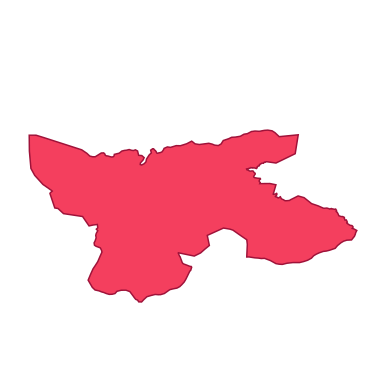 Rafi, Niger, Nigeria (Equal Earth projection), rotated 76°
{"feature_id": "59680162B49809531314946", "entity_name": "Rafi", "entity_type": "district", "adm_level": 2, "iso_a3": "NGA", "parent_name": "Nigeria", "parent_adm1": "Niger", "projection": "equal_earth", "projection_center": [6.279, 10.195], "detail": "fine", "context": "isolated", "style": "filled", "palette": "rose", "viewbox_px": 384, "rotation_deg": 76, "n_neighbors": 0, "source": "geoboundaries", "source_scale": "gbopen_adm2", "svg_char_len": 5692}
<svg xmlns="http://www.w3.org/2000/svg" viewBox="0 0 384 384"><g transform="rotate(76 192 192)"><path d="M162.2,75.1L159.4,94.0L154.4,97.2L152.0,99.5L150.3,103.5L149.7,106.9L149.5,110.1L149.5,110.7L149.5,111.1L149.4,111.3L149.4,112.1L149.1,112.9L149.1,113.0L149.0,113.3L148.7,114.2L148.2,115.8L148.0,116.9L148.0,117.2L147.9,117.9L147.9,118.2L147.9,118.3L147.7,119.6L148.1,121.3L148.2,121.6L148.4,122.5L148.5,123.0L148.8,124.2L148.5,127.6L149.6,131.6L149.2,136.8L148.5,140.3L149.2,143.7L149.2,144.4L149.3,144.8L149.4,146.8L149.5,147.5L149.6,149.2L152.4,152.1L153.3,155.2L152.0,158.7L150.5,160.7L148.8,163.9L147.7,173.4L146.0,177.4L144.1,178.8L142.6,180.0L143.9,185.5L144.3,192.1L143.2,196.1L143.5,202.1L142.3,205.0L142.9,208.5L144.5,209.8L145.9,211.6L146.1,213.6L146.0,214.5L146.1,216.1L145.6,216.8L144.2,217.0L143.0,217.5L142.1,218.2L140.8,218.8L140.5,219.7L141.4,222.0L144.2,222.0L145.7,224.6L149.1,228.2L151.6,229.4L153.0,231.6L153.6,234.4L152.8,235.6L151.3,235.0L149.1,231.7L147.1,230.1L144.5,231.9L143.5,234.9L139.0,234.9L137.4,236.7L137.6,238.8L136.9,240.6L135.6,242.7L135.6,245.4L135.3,247.5L135.3,250.2L136.7,253.2L136.7,258.3L137.6,258.6L138.7,259.5L138.7,261.3L137.8,263.1L136.7,264.9L136.2,266.4L135.3,267.3L134.2,267.3L132.7,268.2L132.2,270.6L134.4,277.4L133.8,279.8L132.4,282.5L129.1,284.6L124.4,288.8L103.5,322.4L99.2,329.5L97.5,336.2L113.0,339.9L130.2,342.6L137.8,340.6L148.6,334.8L156.2,328.2L157.3,327.4L158.5,329.7L158.7,329.9L159.1,330.2L174.3,329.0L175.6,326.0L181.9,321.9L189.3,304.1L200.0,300.1L200.1,296.0L200.6,291.7L204.0,292.1L204.9,293.8L206.8,292.8L209.0,294.9L210.8,295.9L213.3,296.1L216.1,297.9L217.7,299.3L220.0,299.5L221.4,298.3L224.0,294.5L226.6,293.9L228.5,293.9L232.6,297.1L236.8,300.3L240.0,303.7L242.6,306.6L247.3,310.3L252.4,314.1L257.6,312.6L260.4,311.8L263.6,309.8L265.5,306.0L267.0,304.0L268.1,302.0L269.8,299.7L271.3,297.1L271.9,294.2L271.9,291.3L270.2,288.8L270.2,284.4L271.3,279.8L273.6,276.4L278.3,274.4L280.6,273.5L282.5,272.6L283.8,270.9L285.7,270.3L286.5,267.5L284.8,264.9L282.7,261.1L282.5,256.8L282.5,252.5L283.5,249.6L284.0,247.3L283.8,243.3L281.4,237.2L281.4,233.8L281.6,229.8L280.8,226.6L280.3,225.9L280.1,225.5L279.8,224.9L279.3,224.1L277.5,221.4L275.2,219.1L268.4,213.4L267.7,212.2L264.9,210.5L264.1,210.8L264.1,211.0L263.9,211.5L263.7,211.7L263.6,211.9L263.3,212.5L262.0,214.3L260.4,216.6L260.1,217.1L259.9,217.4L259.7,217.6L259.5,217.8L259.3,218.0L259.1,218.1L258.9,218.3L258.6,218.4L258.4,218.4L257.9,218.6L257.6,218.6L257.1,218.7L256.9,218.7L255.7,218.8L254.2,219.0L251.9,219.2L251.5,219.5L251.0,219.6L250.0,219.8L248.6,220.0L248.1,220.1L247.7,219.9L254.7,205.3L253.2,198.4L250.6,193.4L248.1,188.1L237.8,187.7L234.6,170.2L237.2,164.2L238.9,161.5L244.8,156.4L251.6,150.4L256.2,151.0L268.3,154.6L268.8,152.4L271.1,146.9L272.2,143.5L273.3,140.9L273.9,137.7L277.5,132.5L281.8,127.9L283.1,125.0L284.1,121.9L284.1,117.0L284.9,111.1L286.5,104.7L286.5,100.5L286.2,96.3L285.1,92.1L283.3,89.4L282.4,86.5L281.8,83.3L281.4,79.0L281.8,75.9L281.8,72.7L281.3,66.7L279.2,63.8L277.3,59.8L276.4,56.8L276.2,53.4L277.1,48.8L274.3,45.1L272.4,43.7L271.2,43.1L269.2,41.4L268.1,42.6L267.0,43.8L266.1,45.3L265.4,44.4L264.5,44.2L263.3,44.9L262.4,46.9L260.9,48.2L260.0,49.1L259.3,49.3L258.9,48.6L257.4,48.8L256.4,49.1L256.4,50.0L256.2,50.4L255.1,50.4L254.3,50.7L253.5,50.3L252.9,51.0L252.3,51.7L251.9,53.2L251.2,54.3L250.5,55.3L248.9,55.5L247.6,55.8L247.3,55.9L246.8,56.0L246.7,56.0L246.3,56.6L245.7,56.8L244.7,56.2L243.5,56.8L243.3,56.8L243.3,58.0L242.8,58.7L242.7,59.3L242.3,59.8L242.1,60.7L241.7,60.9L241.9,62.5L241.3,63.1L241.1,63.4L241.0,63.7L240.8,64.1L240.4,64.6L240.2,65.2L240.1,65.6L240.0,66.2L239.8,67.5L239.5,68.4L236.0,72.9L232.2,78.8L224.6,84.6L221.5,90.0L223.4,98.5L223.8,99.5L223.6,100.6L223.4,101.9L223.2,103.1L222.9,103.8L222.8,104.1L222.4,104.5L222.0,104.7L220.3,106.8L220.1,107.0L219.9,107.0L218.4,107.3L218.0,107.4L218.1,107.9L218.2,108.2L218.5,108.8L218.7,109.5L218.6,109.8L218.4,110.1L218.2,110.3L217.8,110.5L217.6,110.7L217.2,111.4L216.7,112.2L216.4,112.2L216.2,111.8L216.0,111.5L215.6,110.8L215.2,110.4L214.6,110.1L214.4,110.1L214.1,110.1L213.8,110.2L213.9,110.6L214.1,110.9L214.1,111.4L214.1,112.1L214.0,112.7L214.0,112.9L214.0,113.5L213.9,113.7L213.7,113.7L205.3,108.8L202.6,114.4L200.3,124.1L199.9,123.7L199.3,123.5L198.3,124.1L197.8,124.2L197.2,124.0L196.7,123.7L196.0,122.4L195.7,122.4L195.3,122.5L194.5,125.0L193.9,126.3L193.3,127.7L192.7,128.3L192.4,128.5L192.1,128.5L191.7,128.2L191.2,127.7L190.6,127.2L190.0,126.4L189.4,126.2L188.9,126.3L188.5,126.8L187.4,127.3L186.6,127.5L186.2,128.1L185.9,129.4L186.0,129.7L185.7,130.8L185.0,131.7L184.4,132.2L183.8,133.3L183.4,133.5L182.8,133.5L182.8,133.0L182.9,132.3L183.0,132.3L183.1,131.2L182.8,130.8L182.7,130.7L182.9,130.3L182.9,129.8L182.8,129.5L182.8,129.2L182.7,129.0L182.6,128.9L182.8,128.7L182.9,128.3L182.9,128.2L183.1,128.1L183.3,127.8L183.2,127.5L183.1,127.4L183.1,127.1L183.4,127.0L183.5,126.9L183.5,126.7L183.6,126.0L183.7,125.5L183.8,125.4L184.2,125.0L184.3,124.5L184.5,124.2L184.8,124.0L184.8,123.8L184.7,123.6L184.4,123.4L184.4,123.2L184.2,122.9L183.8,122.9L183.6,122.9L183.4,122.6L183.3,122.3L183.0,121.9L182.8,121.4L182.9,121.2L183.0,120.9L182.9,120.7L182.7,120.3L182.5,120.2L182.2,120.1L181.9,120.0L182.0,119.7L181.9,119.5L181.6,119.1L181.4,119.1L181.3,118.7L181.2,118.3L181.2,118.2L181.3,118.0L181.1,117.6L181.0,117.4L181.0,117.1L181.1,116.7L181.2,116.3L181.3,116.0L181.4,115.7L181.1,115.4L180.9,115.3L180.8,115.2L180.8,114.9L180.8,114.7L180.7,114.6L180.7,114.4L180.6,114.2L180.8,113.9L180.9,113.7L180.8,113.4L180.7,113.4L180.6,113.1L180.6,112.9L180.6,112.7L180.6,112.4L184.2,103.5L179.8,82.6L162.2,75.1Z" fill="#f43f5e" stroke="#9f1239" stroke-width="1.5"/></g></svg>